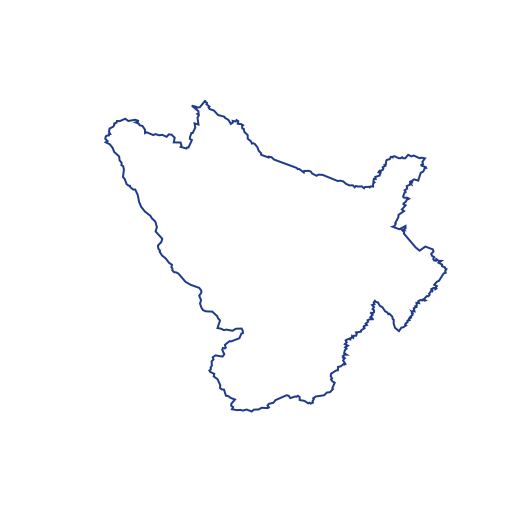 Santo Domingo, Santo Domingo de los Tsáchilas, Ecuador (Equal Earth projection), rotated 111°
{"feature_id": "8360857B50709521665039", "entity_name": "Santo Domingo", "entity_type": "district", "adm_level": 2, "iso_a3": "ECU", "parent_name": "Ecuador", "parent_adm1": "Santo Domingo de los Tsáchilas", "projection": "equal_earth", "projection_center": [-79.222, -0.341], "detail": "fine", "context": "isolated", "style": "outline", "palette": "blue", "viewbox_px": 512, "rotation_deg": 111, "n_neighbors": 0, "source": "geoboundaries", "source_scale": "gbopen_adm2", "svg_char_len": 6093}
<svg xmlns="http://www.w3.org/2000/svg" viewBox="0 0 512 512"><g transform="rotate(111 256 256)"><path d="M172.1,417.6L175.7,423.6L174.7,427.2L178.9,431.5L179.8,434.2L181.5,434.0L183.2,435.9L184.3,435.2L186.5,435.7L189.5,438.4L192.7,437.8L194.4,435.8L195.0,437.0L196.1,436.5L197.4,438.8L198.9,439.1L200.7,438.6L201.9,435.8L203.7,437.1L204.1,432.5L206.5,428.5L209.6,425.8L212.1,419.4L215.5,417.7L217.2,414.8L219.4,414.2L219.7,412.2L222.6,410.3L229.9,408.5L231.1,406.2L235.3,402.5L236.0,399.9L235.6,398.8L236.8,398.0L238.0,394.3L237.3,392.5L241.5,388.2L247.4,384.5L251.2,380.9L254.3,375.7L256.3,369.0L258.2,366.6L260.0,362.3L264.5,358.9L269.1,358.5L273.5,349.7L276.9,349.4L281.4,351.3L284.1,349.8L285.4,347.5L286.5,347.5L289.2,343.9L290.6,339.5L293.5,334.8L294.3,331.3L296.8,331.0L297.6,329.5L299.3,329.1L300.5,326.5L299.9,324.9L300.2,322.2L305.4,312.5L306.3,306.5L306.1,297.6L307.9,294.7L309.7,293.9L313.4,294.8L316.9,291.5L320.5,291.2L323.9,288.3L325.5,286.1L325.6,283.0L323.6,276.9L326.1,270.6L327.8,269.1L329.0,266.5L337.1,266.1L336.4,262.8L336.7,259.3L335.4,257.5L334.2,251.1L331.1,248.7L328.9,243.4L330.6,241.5L332.7,240.6L333.7,241.9L338.7,242.0L344.7,248.7L344.9,250.1L350.1,253.2L352.4,251.4L353.5,252.1L353.7,253.9L355.7,253.9L359.1,250.4L361.9,251.2L363.3,258.2L366.1,260.1L367.9,258.6L370.3,259.7L374.1,257.9L376.4,258.4L378.0,257.5L379.6,258.5L380.6,257.4L381.0,252.7L383.6,252.3L384.8,247.7L389.4,243.1L392.2,242.2L392.8,240.2L392.2,238.0L397.2,234.0L396.7,231.9L397.6,228.7L397.5,224.2L402.8,226.1L404.7,225.5L405.3,223.2L407.7,223.5L406.7,218.5L405.2,215.2L405.1,213.0L402.7,209.7L402.7,204.3L400.2,202.9L398.3,198.5L395.7,196.4L393.8,190.6L392.7,189.7L391.5,191.7L389.4,191.0L386.8,187.2L383.5,186.1L375.0,177.5L374.8,175.3L376.4,173.1L373.1,169.1L373.0,167.9L371.5,166.9L372.1,164.7L374.8,163.6L373.9,158.9L374.8,154.5L373.8,153.4L374.3,152.3L372.5,150.3L371.3,151.2L368.9,150.7L368.3,151.6L365.8,149.9L361.6,142.5L358.1,140.9L356.6,138.1L352.7,136.5L352.0,137.4L346.1,137.1L345.7,139.5L344.3,141.8L342.9,141.2L341.4,143.2L338.9,143.7L334.2,140.2L333.3,138.6L330.2,139.7L328.6,137.3L325.6,135.6L325.8,134.7L324.8,133.8L322.3,137.2L320.4,136.9L320.0,137.8L319.4,136.8L318.3,139.0L316.4,138.0L315.7,136.2L315.2,138.8L312.2,139.3L310.0,138.3L309.3,140.1L306.8,138.1L306.4,141.5L304.2,140.4L302.6,142.1L300.4,140.1L300.1,138.1L299.1,138.6L298.1,137.3L296.5,137.6L297.3,136.0L295.5,136.3L294.6,134.0L292.5,134.0L291.5,135.2L289.1,130.9L287.8,131.2L284.4,128.8L283.6,130.2L282.7,130.1L280.7,127.7L279.8,129.4L277.4,127.8L276.0,128.8L274.3,127.1L273.2,124.4L272.5,125.0L272.1,127.3L269.2,126.0L267.7,129.0L267.6,126.6L266.4,125.7L264.4,126.3L263.8,128.2L261.4,127.5L260.2,130.0L258.6,128.1L257.2,129.5L255.2,128.9L256.0,127.4L255.6,125.5L258.1,122.6L258.5,119.7L261.4,115.5L261.6,113.2L262.9,111.6L262.1,110.7L263.7,107.1L265.8,105.8L266.2,104.6L269.7,103.3L273.2,100.5L274.9,95.6L270.7,94.6L269.9,93.1L267.0,91.0L266.5,92.2L265.2,92.1L263.6,90.8L262.2,91.4L261.0,89.9L260.7,90.7L258.6,90.5L258.9,89.8L257.9,89.1L256.8,89.8L255.0,88.8L253.8,89.8L253.4,89.1L252.1,90.7L252.2,89.8L250.9,89.6L250.8,88.2L248.2,90.0L246.3,88.1L245.7,89.2L244.7,88.1L242.3,89.4L241.6,86.9L240.1,88.3L237.9,86.4L237.9,84.9L236.7,84.4L237.3,82.7L236.7,81.9L236.5,83.1L235.5,83.5L232.2,82.2L231.9,80.7L229.9,80.0L229.1,80.9L226.3,80.0L226.4,81.0L225.9,78.8L224.6,79.0L224.0,80.4L222.1,78.8L221.8,77.5L222.8,76.7L221.7,75.9L220.9,77.0L219.3,76.4L219.0,79.3L215.2,77.9L213.6,76.3L205.1,74.6L203.7,72.9L202.3,74.0L200.0,73.5L199.9,74.9L198.9,75.5L198.8,78.7L197.3,79.2L196.9,83.1L194.2,81.3L195.1,84.1L194.2,86.7L196.0,86.4L196.3,88.3L195.2,89.5L193.1,89.4L192.8,91.7L191.3,93.2L188.2,91.9L186.5,93.2L186.5,101.3L192.4,105.2L190.7,110.2L182.1,125.9L180.7,126.2L179.5,128.8L178.9,127.2L178.7,127.9L176.7,126.3L174.4,127.2L179.6,131.7L179.7,138.9L178.3,137.4L175.8,137.1L175.4,137.8L168.7,137.0L166.5,137.7L161.0,133.9L160.3,136.5L155.1,134.5L154.9,136.8L154.1,137.1L151.3,135.4L149.6,135.5L147.7,133.7L147.4,135.6L148.5,138.5L148.0,139.9L144.3,140.1L142.6,139.2L141.4,140.8L139.0,139.0L136.7,140.3L134.5,138.0L133.2,138.2L133.4,136.8L130.9,139.3L131.7,136.8L130.9,136.6L130.4,137.6L127.8,135.9L127.5,131.6L119.2,132.0L117.2,130.1L113.6,129.9L112.8,128.7L112.2,129.4L112.3,133.9L111.8,134.3L110.4,133.0L108.5,134.4L104.3,133.3L104.9,136.8L106.1,138.4L105.7,144.8L107.3,146.6L107.0,150.2L111.3,151.7L112.0,153.6L111.4,155.0L112.9,156.0L113.6,158.0L113.2,162.5L114.4,164.0L115.0,163.8L115.1,165.6L117.7,165.9L119.3,168.2L120.4,168.5L123.8,167.7L124.8,168.6L125.4,167.5L127.7,169.5L128.6,168.5L130.4,168.6L131.1,169.7L132.7,170.1L132.2,171.1L132.9,171.5L134.0,171.6L133.8,169.5L136.7,169.5L139.4,173.0L141.2,171.9L141.7,173.6L144.7,173.0L144.8,171.8L146.4,172.6L149.3,171.6L149.8,173.8L151.2,174.4L150.9,175.3L152.6,179.0L154.0,179.4L153.1,182.2L154.7,185.8L154.8,187.8L156.5,188.5L155.3,190.9L156.6,194.1L156.4,197.7L155.1,201.2L155.5,204.4L156.7,206.4L156.4,222.9L157.7,226.9L159.4,228.2L158.9,233.1L157.6,235.0L157.5,236.9L159.3,241.5L160.9,241.3L159.3,246.7L160.0,248.3L159.2,249.5L159.5,273.7L158.2,276.8L158.7,279.7L159.5,279.5L159.7,287.4L158.0,288.4L156.9,291.1L154.0,293.6L151.9,297.2L151.7,299.0L152.5,300.1L150.7,301.9L149.4,305.8L146.1,307.1L144.3,311.4L141.8,312.9L141.8,314.5L139.6,315.6L138.6,315.0L138.2,317.2L139.1,320.4L136.5,320.8L136.1,322.9L137.7,323.1L138.2,326.2L139.8,325.5L141.7,326.8L138.8,330.6L138.1,334.7L137.3,335.4L138.0,342.0L135.3,347.3L135.4,352.0L134.4,353.5L133.2,353.0L132.1,356.6L130.6,356.6L130.3,358.8L128.8,359.0L137.2,361.7L138.5,364.0L138.1,365.3L138.7,369.8L141.4,361.7L143.7,360.6L144.4,361.5L145.0,359.8L148.0,360.1L153.9,356.8L154.2,360.9L157.9,358.7L163.9,359.2L164.3,360.4L168.9,360.2L170.4,359.7L170.7,357.4L178.9,357.9L179.3,359.2L180.6,359.5L181.1,365.5L179.5,365.2L177.1,367.1L179.4,373.5L174.7,374.3L173.0,378.3L173.7,381.0L176.7,382.1L176.5,387.0L178.1,389.9L178.2,393.5L179.9,395.2L179.7,402.5L181.0,403.6L177.8,405.0L175.3,408.6L175.6,411.5L174.5,412.8L174.4,416.3L173.0,414.4L172.0,414.5L172.1,417.6Z" fill="none" stroke="#1e3a8a" stroke-width="2"/></g></svg>